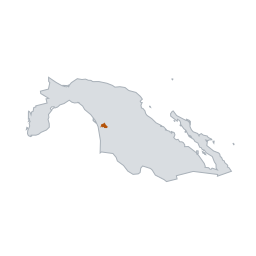 location of El Mante, Tamaulipas, Mexico, rotated 166°
{"feature_id": "50627088B42847090379664", "entity_name": "El Mante", "entity_type": "district", "adm_level": 2, "iso_a3": "MEX", "parent_name": "Mexico", "parent_adm1": "Tamaulipas", "projection": "natural_earth1", "projection_center": [-98.766, 22.608], "detail": "fine", "context": "in_parent", "style": "filled", "palette": "amber", "viewbox_px": 256, "rotation_deg": 166, "n_neighbors": 0, "source": "geoboundaries", "source_scale": "gbopen_adm2", "svg_char_len": 4603}
<svg xmlns="http://www.w3.org/2000/svg" viewBox="0 0 256 256"><g transform="rotate(166 128 128)"><path d="M38.1,61.0L52.9,59.6L52.2,61.2L75.2,70.1L92.6,70.0L92.7,66.7L103.6,66.7L105.4,69.1L112.9,75.7L114.6,81.2L116.0,83.3L123.0,87.6L125.3,86.0L127.0,81.9L129.2,81.0L134.3,81.8L138.6,86.2L141.4,92.7L146.3,98.6L146.6,102.3L148.8,106.9L159.6,111.2L161.1,110.5L157.8,122.4L156.7,136.5L157.2,139.6L160.1,143.6L159.5,145.8L159.7,143.6L157.3,140.2L158.0,143.3L160.9,150.0L165.6,156.4L166.7,160.3L169.9,164.4L169.0,164.3L170.9,165.3L170.3,164.7L173.7,165.2L176.2,166.6L178.3,169.2L184.1,167.2L188.4,166.9L191.2,165.4L194.1,165.1L194.7,165.7L194.5,166.5L197.0,167.0L198.6,165.8L198.1,163.7L197.3,164.2L197.5,163.8L201.9,160.3L202.2,157.4L203.5,155.8L203.4,151.2L204.2,147.8L207.6,145.8L213.5,144.8L216.1,143.6L219.0,143.3L223.8,144.5L224.2,143.8L222.9,143.7L224.6,143.2L226.5,144.7L226.9,146.8L226.0,149.5L222.9,153.7L222.8,156.5L221.3,158.1L221.6,158.8L223.0,158.5L221.5,160.3L221.6,161.0L222.5,160.8L220.7,167.8L220.2,168.4L219.2,166.8L218.9,164.2L217.6,166.9L216.1,167.1L214.4,170.7L212.3,170.7L212.1,171.8L200.5,171.8L200.5,176.1L197.8,176.0L204.3,182.5L204.1,184.9L195.8,185.0L192.9,190.9L193.7,192.4L192.8,196.4L186.7,189.6L181.9,185.1L179.0,183.3L178.6,183.8L181.4,185.3L177.1,184.0L177.4,182.9L176.3,183.3L175.6,182.3L174.8,183.4L176.3,183.9L174.1,184.1L172.0,185.7L165.3,188.1L161.0,186.2L157.4,185.7L154.9,183.9L152.5,183.2L150.9,181.5L145.0,180.1L137.6,176.5L132.8,173.1L130.8,170.8L125.8,170.0L121.1,168.0L118.2,164.2L111.7,160.6L108.3,155.6L107.1,152.5L109.7,151.1L109.3,149.7L108.1,149.3L109.9,147.0L110.1,144.2L108.7,143.2L107.4,140.5L107.4,137.9L106.5,135.6L102.7,131.4L99.5,126.2L94.3,121.7L95.8,122.6L95.9,121.6L93.2,120.7L91.2,117.1L92.6,117.3L88.6,114.9L88.1,113.7L86.5,114.1L86.3,113.6L87.5,112.2L85.5,113.3L84.3,112.3L84.1,110.0L85.6,107.9L86.1,108.3L85.2,106.2L83.9,104.9L82.2,104.9L81.1,102.1L79.0,101.5L77.8,100.3L77.0,97.8L77.6,96.2L73.9,95.4L67.7,87.5L67.4,85.6L66.4,85.0L62.6,75.2L62.3,72.2L62.8,71.2L59.3,69.9L58.5,68.3L57.4,67.8L56.1,68.7L51.4,65.7L52.2,67.7L51.4,71.4L52.4,74.3L53.1,79.9L57.9,84.8L59.4,88.2L60.1,88.0L60.4,89.0L61.1,89.1L61.8,91.3L63.1,92.0L63.8,96.5L66.3,98.7L67.1,101.3L68.2,102.1L69.0,105.1L70.0,105.8L69.5,103.6L70.8,104.9L72.4,111.8L74.0,113.8L76.0,118.8L75.7,120.9L76.1,122.7L77.9,124.5L78.6,122.7L83.7,129.2L83.2,131.6L81.1,133.4L80.0,133.6L77.8,128.3L69.7,121.1L68.9,121.2L67.3,119.0L67.0,117.4L67.5,114.1L66.9,110.9L65.7,108.6L61.7,105.8L61.0,103.1L60.2,104.3L58.2,104.8L56.7,102.9L53.0,101.0L52.5,99.4L49.7,97.1L49.5,96.3L52.4,96.8L54.1,96.1L54.0,96.8L55.5,97.6L55.0,95.8L54.3,95.6L55.8,91.9L50.5,85.0L46.1,81.9L45.3,80.4L45.4,77.8L44.3,76.9L44.0,74.0L42.6,72.8L42.5,71.0L40.6,68.3L40.3,67.0L41.0,66.1L39.6,65.0L38.1,61.0ZM67.4,87.6L66.9,89.3L65.5,88.8L66.1,86.1L67.0,85.8L67.4,87.6ZM61.5,87.2L59.5,85.3L59.0,83.3L60.0,83.9L60.2,85.1L61.3,85.3L61.5,87.2ZM226.0,153.1L225.4,152.5L225.7,151.7L227.0,151.1L226.0,153.1ZM67.3,121.2L65.9,119.3L66.9,115.6L66.5,119.0L67.3,121.2ZM48.7,94.6L47.6,94.4L48.4,92.4L48.9,93.9L48.7,94.6ZM29.9,88.0L29.0,86.8L29.2,86.2L29.5,86.2L29.9,88.0ZM68.6,121.2L69.5,122.7L67.6,121.3L68.6,121.2ZM101.9,143.3L101.8,143.9L101.3,143.7L101.1,142.6L101.9,143.3ZM76.6,117.4L77.0,118.6L76.0,117.2L76.6,117.4ZM73.1,109.9L73.7,110.4L72.8,111.5L73.1,109.9ZM73.6,164.9L73.2,165.0L72.6,164.6L73.1,164.0L73.6,164.9ZM196.2,165.1L195.1,165.4L196.9,164.7L196.2,165.1ZM81.5,123.9L81.0,123.8L80.9,122.7L81.5,123.9Z" fill="#d9dde1" stroke="#a8b0b8" stroke-width="1"/><path d="M151.5,137.3L151.7,137.2L151.7,137.3L151.8,137.3L151.7,137.3L151.8,137.3L151.7,137.3L151.8,137.3L152.0,137.3L152.3,137.3L152.5,137.3L152.5,137.2L152.5,137.3L152.5,137.2L152.7,136.9L152.5,137.0L152.4,136.9L152.4,136.7L152.3,136.4L152.4,136.5L152.4,136.4L152.4,136.2L152.3,136.3L152.3,136.2L152.2,136.2L152.3,136.1L152.2,136.0L152.2,135.9L151.9,135.9L151.7,135.8L151.6,135.7L151.4,135.6L151.4,135.8L150.9,135.8L150.7,135.8L150.6,136.0L150.5,135.9L150.4,135.9L150.3,135.7L150.2,135.8L150.3,135.3L150.3,135.1L150.4,134.8L150.5,134.8L150.5,134.7L150.4,134.7L150.4,134.4L150.2,134.4L150.3,134.4L150.3,134.5L150.2,134.5L150.1,134.4L149.9,134.3L149.7,134.2L149.4,134.1L149.2,134.1L148.9,134.0L148.9,133.9L148.7,133.9L148.7,134.0L148.8,134.3L148.8,134.5L148.7,134.5L148.9,134.7L149.0,135.0L148.9,135.0L149.0,135.6L149.3,135.7L149.3,135.8L149.3,136.0L149.6,136.6L149.7,136.9L149.8,136.9L149.8,137.1L149.9,137.6L150.0,137.5L150.3,137.6L150.5,137.6L150.8,137.6L151.0,137.6L151.1,137.4L151.3,137.4L151.5,137.3L151.5,137.3Z" fill="#f59e0b" stroke="#b45309" stroke-width="1.5"/></g></svg>